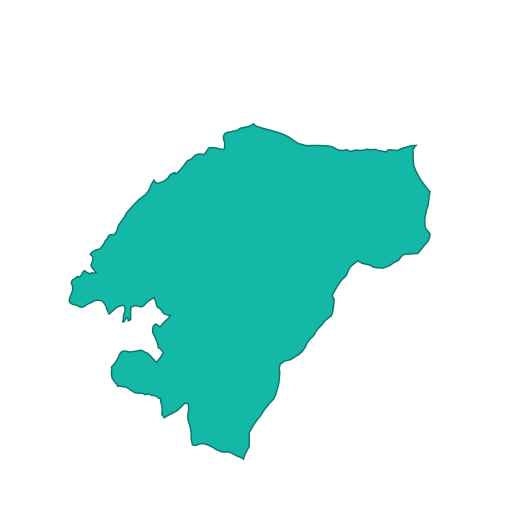 outline of Gem, Nyanza, Kenya, rotated 222°
{"feature_id": "3690345B53081703212176", "entity_name": "Gem", "entity_type": "district", "adm_level": 2, "iso_a3": "KEN", "parent_name": "Kenya", "parent_adm1": "Nyanza", "projection": "equal_earth", "projection_center": [34.475, 0.041], "detail": "fine", "context": "isolated", "style": "filled", "palette": "teal", "viewbox_px": 512, "rotation_deg": 222, "n_neighbors": 0, "source": "geoboundaries", "source_scale": "gbopen_adm2", "svg_char_len": 6078}
<svg xmlns="http://www.w3.org/2000/svg" viewBox="0 0 512 512"><g transform="rotate(222 256 256)"><path d="M137.5,366.1L137.7,371.2L138.0,375.4L138.0,380.0L138.1,382.4L139.3,385.7L141.0,388.4L143.1,389.3L144.7,389.4L147.9,389.9L150.4,391.4L153.8,394.6L156.2,397.7L158.5,401.7L160.4,404.8L161.7,408.2L166.4,415.1L168.0,417.3L169.7,420.2L171.8,420.3L175.3,420.9L184.4,422.7L194.0,426.1L199.2,428.7L203.4,432.5L206.9,436.4L210.6,440.1L211.2,443.8L211.1,445.2L213.3,443.0L214.4,441.7L216.2,439.0L218.8,434.8L220.2,432.3L220.7,431.0L220.9,429.6L225.5,426.0L227.9,424.3L229.1,422.3L228.4,420.9L235.9,416.1L237.2,415.7L238.6,415.1L239.5,414.3L241.2,412.3L242.4,411.3L245.0,409.6L245.9,408.2L247.0,406.4L249.5,403.9L252.2,402.0L253.1,401.0L255.1,398.0L256.3,396.6L257.5,396.0L258.6,396.3L260.2,395.1L261.0,393.9L261.9,392.8L263.7,391.1L264.8,390.4L266.6,389.5L267.9,389.1L271.7,388.4L272.9,387.9L274.8,386.8L277.2,385.2L283.7,379.8L292.2,371.9L293.3,371.2L299.8,368.0L301.0,367.6L311.2,366.3L314.8,365.3L318.3,364.2L319.4,363.8L322.1,362.6L329.8,358.9L331.0,358.1L333.8,356.9L336.5,355.3L337.7,354.9L342.7,352.6L343.7,352.5L346.3,352.6L346.7,350.6L348.2,347.3L349.6,345.1L350.4,344.4L351.1,342.9L352.3,341.9L353.3,339.9L353.6,338.3L354.1,336.8L354.9,335.3L355.9,334.3L359.0,329.8L360.1,328.7L360.8,327.3L360.9,325.9L360.8,324.5L360.3,323.1L358.9,321.7L357.5,320.6L354.8,319.2L351.5,315.0L351.2,313.7L352.0,312.9L354.1,311.5L357.7,309.7L359.1,308.8L360.1,308.0L361.5,306.8L363.4,304.6L362.9,300.5L362.5,298.2L362.5,296.7L363.6,295.6L364.7,295.1L365.9,294.4L366.8,293.2L367.8,291.8L368.6,290.0L368.7,287.5L368.8,285.9L369.9,282.2L370.6,281.3L370.8,280.1L370.4,278.1L370.0,273.4L369.9,268.9L370.0,267.4L370.1,264.5L370.6,263.1L372.1,263.7L372.9,262.3L373.6,260.8L374.0,259.4L374.1,257.5L373.4,254.4L374.1,253.2L374.0,251.7L374.6,249.8L375.2,248.4L376.7,245.6L378.2,243.6L379.8,243.5L381.2,243.6L382.6,244.0L382.0,240.9L381.2,237.6L380.1,234.8L379.5,232.6L379.2,229.1L379.3,227.1L380.4,221.3L380.7,219.3L381.0,214.2L381.1,208.4L381.0,202.1L380.4,199.2L379.9,197.4L379.6,193.9L379.2,190.7L379.0,189.0L378.8,187.5L378.1,185.4L376.5,182.3L375.9,180.0L375.6,177.6L376.5,176.1L377.5,175.4L378.6,174.2L379.0,172.2L378.5,170.5L378.1,168.8L378.2,166.5L377.4,163.8L377.0,162.0L376.7,157.9L377.0,156.0L378.4,154.6L380.1,150.6L380.4,148.6L380.3,146.4L379.4,146.2L378.0,146.3L376.5,146.1L374.7,144.1L373.3,140.9L372.7,139.0L371.3,138.0L369.9,137.6L367.7,137.4L366.2,137.1L364.7,137.0L363.6,136.7L364.4,135.4L366.2,134.1L367.2,133.0L367.4,131.2L369.2,131.2L370.3,130.9L371.3,130.3L372.4,130.5L373.4,130.5L374.0,128.8L373.5,127.1L373.1,125.2L372.9,123.3L373.9,121.9L375.1,121.1L375.4,119.8L375.4,118.3L375.8,116.5L376.4,115.5L376.0,113.9L375.1,112.1L373.6,111.6L371.4,110.3L369.3,107.9L367.0,101.6L366.3,100.1L364.7,97.5L363.1,97.0L361.4,97.1L359.8,97.4L356.7,99.3L353.7,100.0L352.8,100.4L351.6,101.0L350.6,102.2L349.9,103.5L349.2,106.6L348.5,108.7L347.7,110.1L346.6,113.5L345.9,114.9L344.7,116.5L343.3,117.8L340.9,119.3L339.5,119.5L338.2,119.4L336.6,119.2L334.9,118.6L332.6,117.7L330.4,116.1L326.4,114.6L326.1,116.2L325.4,122.6L325.2,124.5L324.5,126.0L322.7,129.4L321.5,130.5L320.3,131.0L318.8,129.6L317.9,129.0L317.1,128.3L316.2,126.5L315.0,123.8L313.8,122.0L312.5,120.6L311.7,119.3L311.1,117.9L310.1,118.8L310.6,121.1L310.8,123.4L309.6,124.1L308.6,123.2L307.6,122.4L307.0,123.5L306.6,125.0L308.1,126.3L308.7,127.3L309.6,128.3L311.6,130.2L313.3,132.5L314.8,134.4L313.8,136.1L313.2,137.2L312.2,138.7L310.0,140.0L307.1,141.5L306.1,144.0L306.2,145.8L306.2,148.0L305.9,150.1L304.8,154.2L303.7,157.0L298.7,154.2L296.9,152.9L295.8,152.4L294.6,152.2L292.4,152.6L291.4,152.6L289.6,152.4L288.2,151.8L286.2,151.6L285.2,151.7L284.0,152.0L280.7,154.0L279.9,154.6L279.6,151.6L279.5,149.9L280.0,145.4L280.0,143.5L279.9,141.1L279.8,139.2L283.0,138.7L284.1,138.6L285.0,138.4L285.4,136.2L284.9,134.0L284.1,132.8L282.5,131.0L281.6,130.1L278.1,128.6L273.4,126.7L272.6,126.3L269.1,124.0L267.8,122.8L266.7,122.5L265.8,123.0L264.7,123.0L261.5,122.5L260.2,122.0L259.8,120.7L259.5,118.6L259.2,116.8L258.6,110.6L260.8,110.5L261.8,110.6L265.8,110.9L267.2,111.2L268.3,111.1L269.9,111.2L271.5,111.2L273.7,110.4L276.4,109.7L277.7,109.5L279.1,108.2L281.7,104.8L284.2,101.8L285.6,100.3L286.6,99.4L288.8,98.4L290.2,97.4L291.3,95.9L291.9,94.1L291.7,91.7L290.8,89.4L290.0,86.8L289.2,82.5L289.1,81.1L289.1,79.8L289.1,78.3L289.1,76.8L288.0,76.0L287.3,75.1L286.3,73.7L284.2,71.1L282.7,70.3L281.5,69.1L280.0,68.7L278.4,68.3L277.3,68.0L272.9,67.3L271.5,66.8L270.0,68.2L269.1,69.2L267.0,69.8L266.4,70.8L265.7,71.6L264.5,71.5L263.6,72.0L262.2,72.3L259.6,72.4L258.3,72.6L256.9,73.0L254.6,73.3L251.0,75.9L249.3,77.5L248.1,78.2L245.8,78.7L242.9,82.3L241.6,82.4L240.4,82.4L238.8,83.9L237.5,84.4L236.4,85.1L233.9,85.3L232.9,85.1L231.9,86.0L230.5,85.7L229.8,84.3L229.0,83.6L228.0,83.4L227.0,82.4L225.3,81.4L221.7,77.7L220.6,75.9L219.5,75.2L216.0,74.4L214.5,79.4L213.0,82.8L211.3,87.8L210.6,93.8L210.5,99.0L207.5,100.9L203.4,97.0L200.3,92.4L198.0,89.8L195.5,87.8L191.3,85.4L188.3,83.3L185.2,80.6L181.6,76.5L176.8,73.1L174.1,74.8L172.0,79.0L168.9,81.9L164.6,83.6L160.6,84.9L156.7,85.4L153.6,86.5L150.9,87.2L148.3,89.1L145.5,91.9L142.5,93.2L136.9,94.5L131.6,96.5L129.4,96.7L130.0,97.7L131.7,102.1L132.6,105.6L133.6,109.8L137.5,114.5L139.4,116.3L143.0,120.5L143.6,123.7L144.8,128.7L145.6,135.8L145.9,141.7L146.9,146.7L147.4,156.4L147.1,161.3L148.4,165.7L152.7,174.6L154.1,177.0L158.9,183.4L160.3,185.2L161.1,186.0L163.7,188.1L165.6,191.9L164.4,197.3L161.6,201.1L161.0,202.2L160.4,204.0L159.5,207.5L158.2,211.6L157.8,216.2L158.4,221.0L159.8,225.6L160.3,230.1L159.9,235.2L161.3,242.5L161.0,248.8L161.4,253.4L161.3,255.2L160.7,258.8L160.1,261.3L160.7,263.8L161.3,265.2L163.3,268.3L166.2,272.5L168.9,276.0L171.7,277.1L173.0,277.6L174.5,283.9L175.7,289.8L176.3,295.2L175.9,302.0L177.6,306.7L178.7,310.7L178.0,315.9L177.2,320.5L172.3,321.6L164.8,325.6L161.0,326.5L157.5,328.8L153.5,332.0L150.4,337.9L149.0,343.8L147.2,348.0L147.7,352.4L147.2,355.9L145.9,357.6L142.8,360.6L140.5,363.1L137.5,366.1Z" fill="#14b8a6" stroke="#0f766e" stroke-width="1.5"/></g></svg>